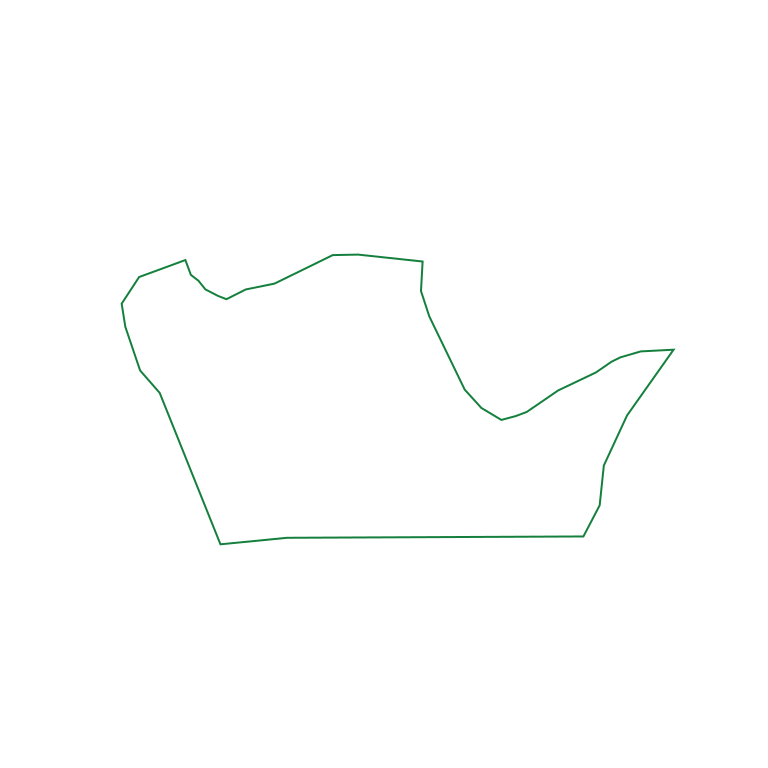 SVG path tracing the border of Ribnica, rotated 135°
{"feature_id": "SVN-218", "entity_name": "Ribnica", "entity_type": "Municipality", "adm_level": 1, "iso_a3": "SVN", "parent_name": "Slovenia", "parent_adm1": "", "projection": "orthographic", "projection_center": [14.692, 45.729], "detail": "fine", "context": "isolated", "style": "outline", "palette": "green", "viewbox_px": 768, "rotation_deg": 135, "n_neighbors": 0, "source": "natural_earth", "source_scale": "10m", "svg_char_len": 598}
<svg xmlns="http://www.w3.org/2000/svg" viewBox="0 0 768 768"><g transform="rotate(135 384 384)"><path d="M155.0,203.5L234.4,189.9L286.2,170.9L317.3,145.7L350.8,135.2L561.4,343.9L613.0,386.3L548.9,536.3L546.9,566.0L526.5,607.3L512.7,626.3L481.5,632.8L436.8,612.1L443.4,597.7L442.2,588.2L443.4,577.2L439.2,564.0L435.5,555.4L414.9,548.6L390.4,532.4L329.1,511.4L310.8,493.8L270.1,443.3L292.1,423.6L304.2,399.7L330.9,323.0L332.1,298.2L326.4,275.6L313.6,268.2L302.8,263.3L265.4,256.3L225.9,242.3L207.4,238.9L198.0,235.7L179.4,225.5L155.0,203.5Z" fill="none" stroke="#15803d" stroke-width="2"/></g></svg>